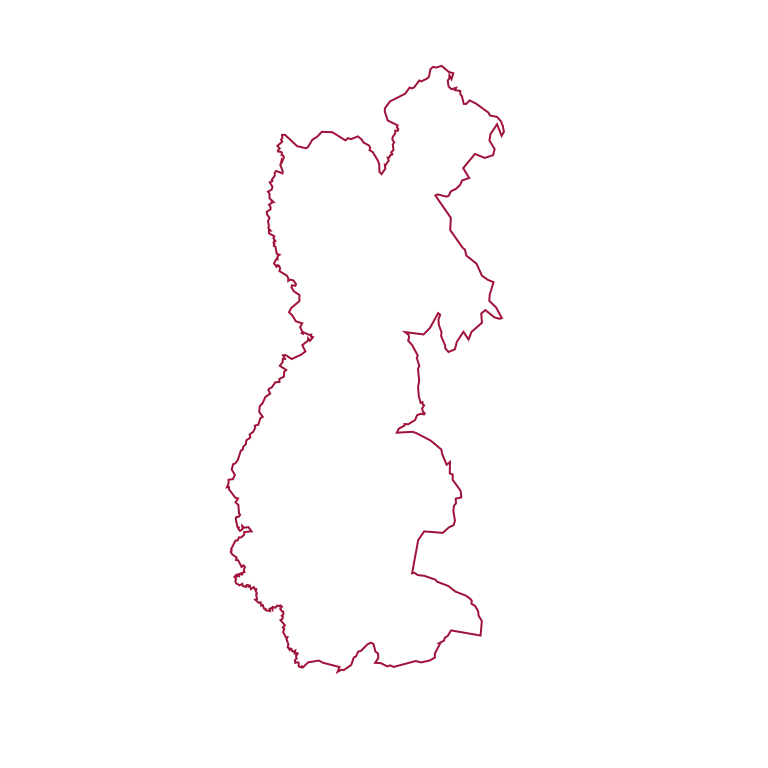 outline of Birim North, Eastern, Ghana, rotated 334°
{"feature_id": "2480657B81401264659986", "entity_name": "Birim North", "entity_type": "district", "adm_level": 2, "iso_a3": "GHA", "parent_name": "Ghana", "parent_adm1": "Eastern", "projection": "robinson", "projection_center": [-0.982, 6.368], "detail": "fine", "context": "isolated", "style": "outline", "palette": "rose", "viewbox_px": 768, "rotation_deg": 334, "n_neighbors": 0, "source": "geoboundaries", "source_scale": "gbopen_adm2", "svg_char_len": 6166}
<svg xmlns="http://www.w3.org/2000/svg" viewBox="0 0 768 768"><g transform="rotate(334 384 384)"><path d="M186.9,603.2L193.8,600.9L204.2,604.0L206.9,607.7L219.9,618.9L216.1,622.4L220.3,622.1L222.4,623.5L231.3,622.2L236.9,616.6L239.3,616.6L243.4,613.2L246.6,613.7L254.8,610.8L258.7,610.7L260.6,612.9L259.0,620.8L260.5,623.6L258.7,627.9L253.8,630.7L258.9,633.6L263.2,639.3L266.3,639.7L268.6,642.5L291.1,646.9L295.3,650.5L304.1,652.6L309.9,652.1L311.5,648.6L320.5,642.0L319.6,641.1L325.3,641.0L327.4,638.7L330.7,638.4L336.3,634.9L360.5,652.4L368.0,640.0L367.5,633.8L369.0,629.3L368.6,623.5L366.3,619.8L367.9,617.1L367.3,614.8L364.8,610.1L357.2,601.9L353.3,593.8L345.1,585.0L344.4,582.3L336.0,574.0L330.6,570.5L328.7,567.1L326.3,566.4L346.3,539.3L355.5,534.1L371.6,543.6L379.5,541.3L384.6,541.4L387.8,538.1L390.8,528.2L393.7,524.0L396.3,522.9L398.2,518.5L403.7,519.8L405.4,515.6L406.0,513.0L403.7,500.2L406.1,495.6L403.9,493.2L409.1,483.0L404.9,484.0L405.6,472.3L406.8,468.0L401.2,455.4L391.4,442.1L388.5,439.4L374.2,433.4L377.7,430.7L384.3,430.3L384.9,429.0L388.0,430.8L396.2,430.0L399.9,426.6L403.8,426.8L406.7,428.9L407.7,428.2L406.8,425.7L407.5,422.7L410.7,420.7L409.9,419.1L410.6,417.2L408.7,417.0L409.9,410.3L413.4,401.4L417.0,396.6L421.2,385.2L423.6,383.4L424.9,374.9L426.8,373.2L426.4,361.5L424.7,355.7L427.2,352.7L427.6,350.5L425.7,346.6L441.3,356.8L450.0,353.7L463.8,344.0L464.8,346.4L461.3,349.8L459.2,354.9L458.4,362.7L456.4,365.8L455.8,376.4L454.7,378.7L456.0,383.5L462.9,383.9L468.1,377.9L478.3,371.9L479.5,381.1L485.5,375.5L498.9,371.9L502.3,363.3L507.5,362.0L512.4,372.4L516.3,376.0L518.8,376.4L518.3,364.4L515.1,355.4L518.2,350.0L527.1,340.5L523.0,335.9L519.5,329.6L519.9,316.5L514.3,304.6L515.7,298.7L514.4,296.0L511.0,274.6L516.9,264.0L512.8,237.1L515.4,237.1L522.3,243.0L524.7,243.2L528.7,240.1L534.0,240.2L539.6,238.5L543.5,235.3L550.9,236.2L549.8,224.7L566.6,217.1L573.7,225.0L582.4,226.1L586.4,221.4L585.5,211.4L589.2,206.1L599.5,200.1L598.5,212.5L602.4,209.8L603.9,204.1L604.2,198.8L602.7,193.5L597.0,189.1L596.8,185.8L589.5,172.1L585.3,166.7L580.5,168.3L578.5,167.2L580.2,159.4L579.6,157.1L581.0,154.0L576.5,150.9L578.6,149.4L573.8,148.6L572.5,144.8L574.3,139.2L576.5,138.1L578.1,135.3L578.3,139.6L582.5,135.1L579.0,131.9L575.3,123.4L569.2,122.3L567.3,120.5L563.9,121.3L559.3,127.3L557.4,128.3L550.2,128.4L548.7,126.6L541.2,130.6L538.5,130.5L537.0,128.8L530.2,132.4L513.3,132.6L505.7,136.6L504.2,139.3L502.9,148.8L509.6,157.5L508.1,159.1L508.6,161.2L507.4,162.4L505.2,161.2L503.8,163.8L500.3,165.6L498.7,167.8L499.1,171.2L496.9,172.5L495.1,177.9L492.0,178.9L492.2,181.3L489.7,181.1L488.2,182.7L486.6,182.1L486.2,185.2L481.6,187.8L480.9,187.2L479.6,191.0L473.8,194.3L472.9,191.3L476.1,184.2L476.4,180.6L475.6,170.8L473.5,167.4L475.2,165.6L475.1,163.1L471.4,157.9L471.2,154.7L469.1,150.0L461.9,149.5L459.3,147.3L456.1,148.1L448.0,135.1L438.7,130.1L432.2,132.5L426.8,133.0L419.4,137.8L417.0,137.8L410.1,132.0L404.3,116.7L401.5,115.4L400.6,118.2L398.5,119.4L398.8,121.6L392.6,123.2L393.5,126.6L390.9,127.6L390.7,128.7L393.3,130.2L393.6,131.5L392.3,133.2L393.5,134.6L393.4,136.5L389.9,139.5L390.0,138.2L389.0,139.6L388.6,138.6L388.8,140.2L386.8,141.6L386.3,148.3L385.1,150.2L380.4,145.2L378.3,146.3L377.1,148.9L372.8,151.2L372.6,152.8L369.7,152.6L370.2,157.8L368.2,160.1L364.0,160.2L364.5,162.9L362.5,166.8L364.3,171.7L363.1,170.9L362.9,172.0L359.2,172.5L359.6,175.2L358.6,177.3L354.0,177.8L353.2,180.7L354.0,184.3L351.0,187.0L349.9,191.5L348.4,193.1L349.2,196.3L347.9,195.6L346.7,198.2L350.2,203.1L348.5,204.4L349.0,207.8L347.5,207.5L346.6,208.8L347.2,209.9L345.5,211.4L346.6,213.0L344.7,219.8L346.7,222.1L344.3,222.5L343.0,225.3L342.2,224.4L338.0,227.4L338.8,231.4L340.3,230.4L341.0,231.2L340.2,231.6L341.5,232.1L341.4,234.4L339.5,236.7L344.3,244.1L344.3,247.2L343.1,249.3L345.8,249.2L348.0,251.3L348.7,255.7L347.4,256.9L344.6,255.0L343.2,256.5L343.6,261.2L347.0,266.9L344.3,272.4L334.3,274.9L330.1,277.8L331.6,281.9L332.3,289.0L337.1,293.6L333.5,296.2L333.5,301.3L332.3,302.1L333.2,303.4L334.3,302.3L338.1,306.9L340.3,307.7L339.1,309.2L340.7,310.8L336.5,312.7L335.8,309.7L334.6,311.8L327.6,313.2L327.6,320.3L322.3,321.3L312.0,321.1L308.2,314.8L305.8,313.9L306.0,318.0L304.0,317.1L302.4,320.0L298.3,322.0L302.3,328.5L299.6,329.3L297.2,333.5L292.1,333.6L290.9,336.4L287.0,334.8L281.8,337.8L278.5,337.9L277.5,338.5L277.5,342.7L271.8,343.6L266.2,348.2L262.6,349.5L259.5,354.6L260.7,360.3L257.9,360.5L253.3,365.4L249.6,364.8L249.0,367.0L245.3,369.7L241.2,370.4L240.3,373.6L235.6,374.3L233.4,377.6L229.9,378.7L228.2,381.1L226.2,381.1L219.2,388.3L215.5,390.2L213.3,389.9L209.6,394.2L210.1,400.4L206.5,403.3L202.3,401.9L200.7,405.2L197.5,408.0L199.5,408.6L198.5,410.7L200.5,421.0L202.6,422.9L198.7,425.3L200.1,428.8L197.0,436.7L197.3,438.5L195.1,439.7L193.0,438.8L191.7,440.0L189.6,448.1L190.6,449.3L189.6,450.0L190.2,452.9L193.2,452.4L194.4,449.3L195.4,451.9L199.4,453.2L200.3,458.4L193.5,455.8L192.2,458.2L188.4,459.3L186.5,458.3L183.9,460.4L181.9,459.6L174.1,465.5L174.1,467.0L172.6,467.7L172.9,470.6L175.5,475.5L173.8,477.2L175.7,478.6L175.8,486.0L178.2,485.4L178.8,487.5L176.4,489.8L176.2,491.8L172.9,491.5L173.7,492.4L173.0,493.1L170.1,491.2L169.5,493.0L167.7,490.7L165.9,491.4L167.4,492.5L165.1,492.5L165.5,494.6L163.8,496.3L163.8,498.4L166.0,501.7L169.0,501.5L168.5,503.6L170.9,505.9L172.0,504.6L173.5,504.8L173.4,506.6L175.0,506.3L174.5,510.1L177.9,509.4L178.0,512.5L180.0,512.1L178.0,513.5L177.9,516.7L176.8,517.1L175.6,521.6L173.7,521.4L175.6,525.9L177.4,526.2L176.4,529.3L178.1,529.6L177.7,533.2L179.0,534.3L178.5,535.5L182.1,538.1L182.6,535.9L185.0,536.0L185.0,537.6L186.3,535.7L188.4,537.5L190.9,536.3L192.3,537.9L193.7,537.5L194.6,539.4L192.1,540.7L192.7,543.8L193.7,544.4L192.8,546.7L190.5,547.5L191.1,548.6L190.0,550.5L187.4,550.9L189.2,557.5L186.3,558.4L187.0,560.5L184.6,562.6L184.8,568.6L186.2,569.3L184.5,570.6L183.9,576.3L182.1,578.2L182.7,581.5L183.7,580.5L184.7,581.6L184.3,583.5L185.1,584.8L187.1,584.7L186.0,585.8L187.7,587.6L186.2,587.7L187.6,588.9L185.6,589.9L185.3,592.2L182.8,593.3L182.0,595.7L184.3,596.1L185.1,597.4L183.6,600.3L185.3,602.4L186.5,601.7L186.9,603.2Z" fill="none" stroke="#9f1239" stroke-width="2"/></g></svg>